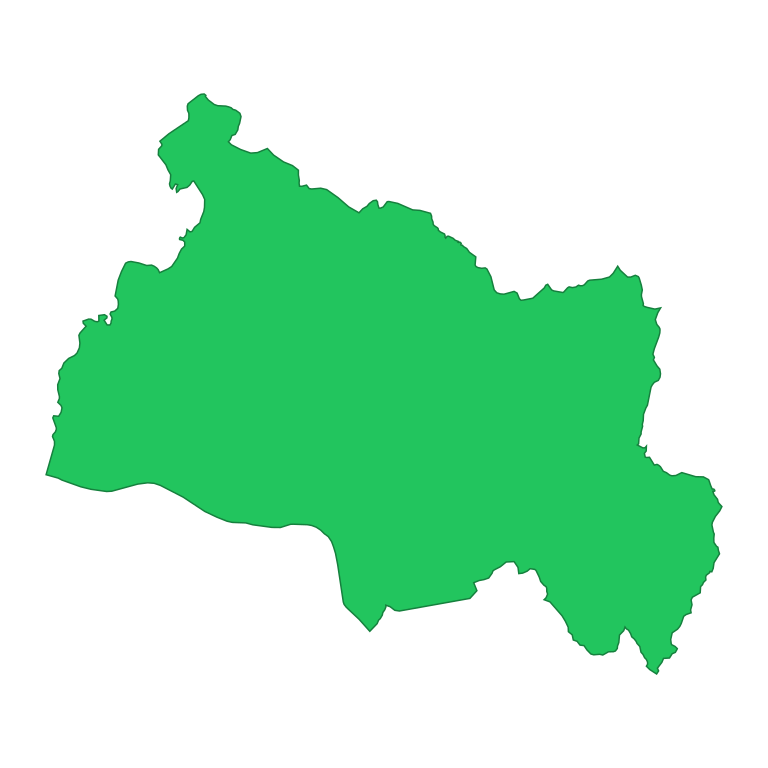 outline of Berzasca, Caras-Severin, Romania
{"feature_id": "2599482B58781170815213", "entity_name": "Berzasca", "entity_type": "district", "adm_level": 2, "iso_a3": "ROU", "parent_name": "Romania", "parent_adm1": "Caras-Severin", "projection": "mercator", "projection_center": [22.089, 44.68], "detail": "fine", "context": "isolated", "style": "filled", "palette": "green", "viewbox_px": 768, "rotation_deg": 0, "n_neighbors": 0, "source": "geoboundaries", "source_scale": "gbopen_adm2", "svg_char_len": 6082}
<svg xmlns="http://www.w3.org/2000/svg" viewBox="0 0 768 768"><path d="M46.1,474.7L58.2,478.1L62.0,480.1L80.8,486.8L91.0,489.3L106.7,491.5L111.8,491.2L137.7,484.1L147.7,482.8L154.2,483.3L160.4,485.4L183.1,497.1L204.9,511.5L217.0,517.2L227.0,521.2L232.4,522.4L245.8,522.9L252.8,524.8L272.0,527.4L280.4,527.5L290.5,524.3L293.1,524.2L307.5,524.7L311.8,525.5L316.3,527.2L320.7,530.1L324.3,533.7L328.3,536.6L331.6,541.6L333.6,547.0L335.5,553.3L337.7,564.7L343.3,602.0L344.1,604.4L346.4,607.4L359.1,619.3L369.8,631.3L377.1,623.7L378.6,620.1L380.2,618.7L382.3,615.1L382.8,612.6L384.8,609.7L385.9,606.8L385.8,605.2L390.1,606.7L394.8,610.3L399.4,611.0L469.9,598.4L476.9,590.7L473.7,582.7L479.2,580.5L484.0,579.6L488.7,578.0L492.1,573.2L492.8,571.1L494.2,569.9L500.4,566.7L506.2,562.0L514.1,561.6L518.0,567.4L518.8,573.6L522.7,573.1L527.1,571.2L530.1,568.7L534.8,569.4L536.0,570.4L539.2,577.0L540.7,581.5L543.8,585.1L546.1,586.7L546.7,588.2L546.8,591.6L547.6,594.1L546.1,597.7L544.1,599.7L550.0,601.9L562.0,615.7L565.4,621.3L568.2,627.2L568.4,631.7L572.2,634.8L573.3,640.0L577.1,641.3L580.0,645.1L584.0,645.6L587.0,650.0L590.9,654.0L593.7,654.8L599.7,654.3L602.8,655.0L608.5,651.8L613.4,651.7L615.4,651.0L617.3,648.5L617.5,646.0L618.8,642.6L619.5,635.0L623.7,630.7L625.0,627.0L626.3,628.8L628.5,630.1L630.7,633.8L631.7,636.8L634.2,638.9L636.2,641.5L637.0,643.4L639.8,646.5L641.0,652.2L643.0,654.4L644.6,657.7L646.3,659.4L647.5,661.9L647.6,664.2L646.4,666.2L649.8,669.6L656.6,674.0L658.6,670.9L657.4,668.2L661.9,662.3L663.5,658.4L669.5,658.0L672.2,653.7L675.3,652.4L677.0,649.4L677.3,648.6L675.0,646.4L671.7,644.7L671.2,643.6L670.7,639.5L672.2,632.8L677.5,629.2L679.8,626.4L681.3,623.4L683.7,616.3L686.2,614.5L691.1,612.8L690.6,609.9L692.0,604.8L691.1,599.9L692.4,597.2L700.2,592.8L700.6,586.6L702.5,584.7L703.4,582.5L705.9,580.0L705.6,577.0L706.3,575.2L709.6,572.7L709.8,571.5L711.8,571.8L713.2,568.4L714.0,562.7L719.5,553.8L718.4,550.4L717.9,547.2L716.5,546.3L713.9,542.4L713.8,538.2L714.2,534.0L713.4,532.2L711.9,524.9L712.4,522.3L715.4,516.4L719.7,510.9L721.9,506.6L718.9,503.3L718.2,502.3L717.5,499.3L714.0,494.8L712.8,491.3L714.4,491.2L714.8,490.9L714.7,490.2L713.8,489.1L712.2,489.0L710.8,485.9L708.8,480.0L708.3,479.5L703.4,476.9L695.7,476.7L681.8,472.6L675.9,475.5L671.9,475.8L669.7,475.1L666.5,472.7L663.3,471.3L660.4,466.7L658.6,465.2L657.0,464.4L654.3,465.1L649.5,457.3L646.5,457.5L645.2,457.1L644.4,453.3L646.2,451.0L646.4,446.2L645.0,447.8L642.9,447.9L637.3,445.0L638.6,443.8L639.0,438.1L641.1,434.0L641.1,432.0L642.6,426.3L642.3,424.4L643.2,420.7L643.5,414.3L645.9,407.9L647.4,405.3L651.0,387.3L652.2,385.0L654.3,382.3L658.3,380.4L660.0,377.3L660.5,373.8L659.8,369.2L657.0,365.9L653.4,359.9L654.4,357.4L652.9,354.2L654.3,348.8L658.7,337.0L659.8,333.0L660.0,330.1L659.9,328.8L659.1,327.2L656.8,324.4L655.3,319.6L657.8,312.7L660.6,307.9L654.9,309.1L647.3,307.4L644.4,306.5L643.1,305.5L643.4,303.7L641.5,296.7L641.4,294.6L642.3,290.0L641.3,285.1L639.2,278.1L638.3,276.6L635.3,275.3L630.7,277.1L627.6,277.1L620.3,270.3L617.7,266.2L613.2,273.3L609.5,277.0L601.7,279.2L589.6,280.2L587.7,281.0L584.3,284.8L582.5,285.7L580.5,285.8L578.5,285.2L575.9,287.0L572.4,287.6L569.1,286.9L567.6,287.8L563.5,292.3L562.8,292.5L553.7,290.9L551.6,289.9L547.7,284.3L545.8,285.2L544.3,287.9L532.8,298.2L523.6,300.0L521.0,300.3L519.4,298.8L517.1,293.1L514.1,291.4L504.0,294.2L500.3,293.9L496.8,292.8L494.2,289.9L490.9,276.7L486.9,269.0L485.2,267.9L481.7,268.3L478.0,267.6L475.9,266.5L475.1,264.9L475.8,256.9L469.4,252.3L466.7,248.5L463.4,246.5L462.5,245.3L461.1,245.1L460.8,244.5L461.2,243.3L460.0,242.2L458.3,242.5L457.8,242.1L458.3,241.4L455.3,240.3L453.1,238.3L448.6,236.2L447.2,236.3L445.7,238.1L445.0,237.1L445.1,235.8L444.5,234.0L440.3,231.9L438.3,230.2L438.3,229.0L437.6,227.9L434.1,225.6L433.2,224.3L433.0,222.0L431.7,218.8L431.6,216.1L430.5,213.3L419.9,210.4L412.7,209.9L397.8,203.4L388.9,201.5L387.2,201.7L383.2,207.0L380.2,208.2L379.0,208.1L377.8,204.4L377.5,201.8L376.3,200.2L373.2,200.7L369.3,203.5L367.0,206.3L362.7,208.8L359.0,212.8L348.7,206.9L338.1,197.7L326.7,189.6L320.7,188.2L311.7,189.0L309.2,188.6L306.5,185.1L301.9,186.3L299.5,186.2L299.1,183.1L299.3,180.4L298.4,175.0L298.4,170.2L292.5,165.6L283.5,161.9L273.6,155.1L267.4,148.5L257.5,152.6L250.7,153.1L240.6,149.5L231.4,144.8L228.4,141.8L230.2,139.7L231.9,135.5L235.2,134.4L237.8,129.9L238.3,126.4L239.6,123.3L241.0,116.6L239.9,113.3L235.7,110.2L232.9,109.4L231.2,107.8L228.8,106.9L225.8,106.1L217.7,105.7L214.2,104.5L208.3,100.0L205.4,96.5L205.9,95.4L204.2,94.0L201.0,94.3L198.2,95.8L188.1,103.7L187.3,106.1L187.5,110.3L188.8,113.2L188.9,114.6L188.9,117.7L188.3,120.7L169.1,133.6L159.9,141.2L161.9,144.2L161.8,145.8L158.6,149.3L158.3,154.9L165.9,164.8L168.0,169.9L170.7,174.7L170.3,180.8L169.5,183.9L170.0,186.1L171.0,188.1L172.3,189.1L175.4,184.0L177.7,184.6L176.1,188.6L176.7,192.3L177.9,191.6L180.0,189.0L187.0,187.4L189.7,185.1L192.3,181.3L193.8,181.0L202.6,194.7L204.7,199.4L204.5,207.3L203.8,211.5L200.7,219.3L200.0,222.8L194.6,227.3L192.1,231.4L190.1,231.9L187.1,229.4L186.1,234.8L184.0,237.6L182.4,238.0L180.3,237.1L179.9,237.5L179.5,238.5L179.6,239.5L183.0,240.3L184.7,242.0L184.7,246.1L181.5,249.1L179.2,253.5L177.5,258.1L171.7,266.5L168.0,268.9L159.6,272.7L158.1,269.6L156.7,268.0L154.3,266.3L151.6,265.1L146.7,265.5L139.0,263.0L131.0,261.5L128.2,261.9L125.6,263.2L121.5,271.5L118.2,280.1L115.1,296.0L117.7,299.0L118.2,300.9L118.4,304.3L117.9,307.7L117.6,308.5L114.7,311.1L111.0,312.0L110.1,314.0L111.9,317.4L112.0,319.0L111.2,321.0L111.0,323.1L109.9,325.0L107.1,324.9L104.1,320.2L106.9,317.9L107.0,316.3L104.5,314.7L98.8,315.5L98.9,321.0L97.4,321.8L94.7,321.3L91.1,319.2L88.6,319.1L83.0,321.1L83.3,323.3L86.1,326.2L80.1,332.9L78.9,335.3L79.9,343.1L79.4,347.8L77.0,353.1L74.4,355.6L68.7,358.4L63.9,363.0L61.8,368.3L59.2,370.6L58.8,373.6L60.0,378.6L57.7,384.7L57.8,389.8L59.4,396.4L59.4,398.5L57.8,402.3L61.0,405.4L62.0,407.8L61.1,412.3L58.6,416.3L53.7,415.8L52.8,417.9L56.3,427.7L56.3,429.4L55.3,432.0L53.0,434.6L52.5,436.5L54.5,441.3L54.5,445.1L46.1,474.7Z" fill="#22c55e" stroke="#15803d" stroke-width="1.5"/></svg>